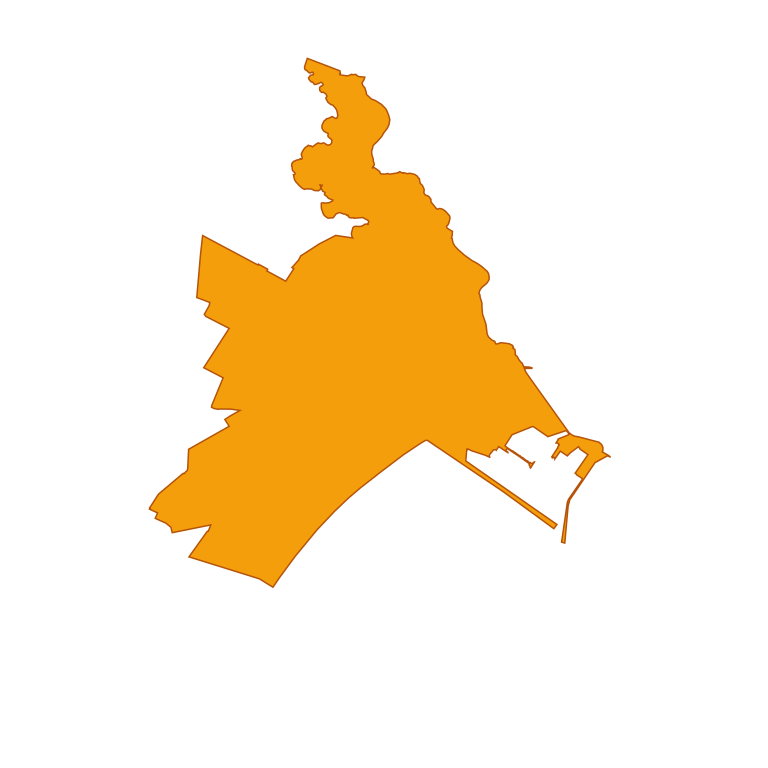 Navodari, Constanta, Romania (Equal Earth projection), rotated 32°
{"feature_id": "2599482B88144558423890", "entity_name": "Navodari", "entity_type": "district", "adm_level": 2, "iso_a3": "ROU", "parent_name": "Romania", "parent_adm1": "Constanta", "projection": "equal_earth", "projection_center": [28.615, 44.33], "detail": "fine", "context": "isolated", "style": "filled", "palette": "amber", "viewbox_px": 768, "rotation_deg": 32, "n_neighbors": 0, "source": "geoboundaries", "source_scale": "gbopen_adm2", "svg_char_len": 6170}
<svg xmlns="http://www.w3.org/2000/svg" viewBox="0 0 768 768"><g transform="rotate(32 384 384)"><path d="M148.5,157.0L149.5,158.5L150.7,159.3L151.6,159.0L155.5,159.8L156.6,159.4L156.9,158.7L158.5,157.3L159.9,158.3L160.2,159.0L158.0,161.2L157.8,164.5L159.0,165.4L162.1,166.4L163.7,165.8L166.0,166.8L166.7,166.7L169.1,164.1L170.6,161.6L171.5,161.4L172.9,161.8L173.7,162.4L173.9,163.1L172.4,165.4L172.5,167.1L174.1,169.2L176.5,169.8L178.0,168.7L181.3,168.9L182.9,170.0L183.3,170.7L183.1,172.1L183.5,172.7L187.2,174.8L190.6,175.2L192.7,174.6L196.8,175.8L199.1,177.1L202.3,180.4L203.0,182.2L203.0,183.2L202.7,184.1L201.8,184.5L198.4,184.6L196.3,187.9L194.7,189.5L194.3,191.6L193.9,192.0L193.8,193.7L194.3,197.4L195.5,199.5L196.7,200.5L199.2,201.5L204.0,201.2L204.9,203.3L205.7,203.9L210.5,204.7L211.8,207.2L211.7,209.3L210.1,211.0L209.2,211.4L205.1,211.4L203.4,213.3L202.0,214.1L200.8,214.2L199.8,215.3L197.6,220.9L196.6,220.7L195.0,221.1L194.2,221.7L193.4,221.6L191.9,225.3L191.6,227.6L191.7,230.9L192.2,233.2L195.0,235.7L195.1,237.0L194.6,237.4L193.9,237.1L193.6,237.3L192.8,239.0L190.9,240.8L190.5,242.0L189.6,242.6L189.0,244.8L189.3,244.9L189.2,246.3L190.3,248.3L191.0,248.6L192.8,251.0L194.5,251.8L196.4,252.1L197.1,252.7L197.2,253.7L196.3,254.5L199.9,258.2L202.2,259.3L207.2,260.7L210.4,261.3L213.4,261.1L215.2,259.2L216.6,258.7L219.0,257.1L222.4,256.8L226.0,254.9L226.9,252.8L226.7,251.9L225.5,249.7L224.1,249.2L224.4,248.8L226.1,248.9L226.3,248.5L226.5,249.1L226.1,249.4L226.1,250.0L226.9,251.4L230.0,253.0L232.3,252.7L232.7,253.0L232.9,254.6L233.6,255.1L236.2,255.2L238.4,256.0L243.1,255.1L243.4,255.9L241.3,259.4L238.1,261.9L236.3,262.6L235.0,263.7L235.1,264.1L237.6,268.0L241.1,271.0L242.0,271.3L242.0,271.7L243.9,272.7L247.2,273.1L248.6,273.0L252.8,270.0L253.2,265.4L254.7,262.9L256.1,261.9L259.6,261.3L260.8,260.6L263.2,260.6L264.1,259.9L264.4,260.6L266.3,261.2L268.4,260.4L269.6,259.3L270.6,259.4L277.8,254.1L284.1,253.7L285.4,255.1L285.2,256.2L285.9,257.0L284.1,257.8L283.1,258.7L282.6,259.3L282.6,260.1L281.4,262.0L279.6,263.5L276.0,265.5L275.1,266.7L274.8,267.9L276.4,273.2L277.0,274.2L278.9,276.1L280.1,276.7L264.3,283.6L254.9,299.4L245.5,319.5L245.9,324.2L244.2,334.1L246.4,333.9L246.2,348.9L224.8,350.2L224.6,348.3L213.9,348.9L214.0,349.9L151.5,354.2L159.7,371.3L179.4,409.9L193.1,407.2L194.2,410.3L194.7,420.1L197.1,421.1L223.2,418.9L222.5,465.7L244.3,464.0L249.2,492.9L250.0,495.1L252.7,494.9L256.6,493.4L257.9,492.3L267.2,486.6L275.9,482.7L270.8,492.0L267.8,498.4L275.1,501.9L252.9,542.9L262.4,559.8L263.0,561.6L262.3,563.8L262.3,565.2L262.1,565.2L261.8,566.1L261.0,566.2L251.4,596.0L251.1,597.5L250.9,613.4L251.6,613.4L251.5,614.4L260.3,613.3L261.2,619.2L272.7,617.6L279.2,618.4L283.2,622.3L311.8,595.3L313.0,601.9L312.2,602.5L310.2,634.0L381.4,615.3L397.5,615.2L398.0,603.4L400.0,577.2L404.5,543.1L409.6,517.9L414.4,499.2L419.0,484.7L427.9,460.2L437.9,433.9L445.7,416.5L449.0,409.9L450.6,408.8L542.8,412.2L604.7,416.7L605.1,411.5L494.1,405.9L488.4,394.7L489.1,395.6L489.6,395.4L489.5,394.9L489.9,394.6L493.6,394.2L507.9,390.7L513.1,390.0L511.5,389.7L511.0,387.8L511.8,381.8L512.6,381.1L514.0,380.4L514.3,380.6L514.5,376.3L525.4,376.6L525.2,376.2L522.8,375.9L522.5,375.3L522.7,373.4L537.0,373.8L548.7,374.5L549.5,374.8L549.9,375.7L551.9,376.8L552.2,377.5L552.8,377.6L552.9,370.2L552.3,370.2L552.6,370.3L552.4,371.7L550.9,373.6L549.7,373.1L548.5,373.6L547.2,373.5L546.8,373.1L545.3,373.5L540.8,373.0L538.3,373.2L537.7,372.8L535.9,373.1L535.0,372.7L533.8,373.1L532.0,372.6L529.8,372.9L529.4,372.5L528.5,372.8L524.7,372.8L519.8,372.5L519.3,372.0L519.5,359.1L531.9,342.1L533.1,341.0L550.9,341.8L563.0,327.2L564.1,327.1L567.1,328.0L566.9,328.4L567.5,328.9L566.8,330.2L560.8,338.4L561.2,339.4L561.1,342.9L561.4,342.9L561.8,342.2L564.3,342.3L564.6,342.7L564.4,343.1L564.8,343.4L564.8,345.6L565.4,346.2L565.1,347.2L564.9,356.9L565.2,357.1L565.3,356.4L565.6,356.2L566.2,356.2L566.1,356.7L566.4,357.0L566.5,356.2L568.1,356.2L568.6,357.0L569.1,347.5L577.6,347.8L578.0,345.4L579.0,342.2L582.2,334.0L585.0,335.4L594.4,335.8L593.4,358.4L594.8,358.4L595.5,358.9L602.2,359.1L602.7,359.6L601.6,384.0L602.2,387.2L618.4,424.0L621.6,423.1L604.8,389.9L603.5,385.4L602.9,384.3L604.6,338.9L611.4,326.8L612.1,326.3L615.0,326.1L612.7,325.6L605.1,325.9L604.8,324.2L603.1,321.6L600.5,320.0L597.2,319.4L577.1,325.7L572.8,327.4L569.8,327.6L566.6,327.2L504.6,301.6L498.1,298.8L494.8,296.4L501.1,292.4L500.7,291.8L497.6,293.0L493.4,295.4L490.3,293.2L488.4,292.9L485.6,291.9L482.3,290.0L479.8,289.7L479.3,288.6L476.9,285.5L475.6,285.4L474.9,284.9L474.0,285.8L474.5,285.1L473.6,283.7L472.4,283.2L468.8,283.5L461.9,286.7L460.7,287.5L458.8,290.1L457.3,290.7L455.3,289.1L452.4,289.6L447.9,288.8L445.1,287.1L438.9,279.4L430.6,272.6L427.1,268.0L424.1,263.4L419.6,259.5L417.9,257.4L416.7,257.2L415.6,254.0L415.7,250.6L417.7,244.4L417.9,241.0L417.7,239.7L416.6,237.6L414.1,235.0L411.9,233.8L404.8,232.6L399.4,232.3L393.1,232.7L383.8,232.1L375.9,230.8L370.9,229.5L367.4,227.5L364.7,224.5L363.8,224.5L363.2,222.1L361.2,218.3L356.2,218.4L355.0,218.3L353.9,217.6L353.4,216.8L353.9,215.0L353.6,212.8L352.2,208.7L351.6,207.7L350.4,206.6L344.6,204.9L341.1,204.7L338.4,205.5L336.5,207.5L335.8,207.6L328.1,205.0L327.3,204.6L325.9,202.5L322.9,201.3L320.8,201.3L319.6,201.8L317.9,201.6L316.0,200.2L315.5,198.4L314.4,197.3L311.4,195.3L308.3,194.6L305.0,191.0L303.9,191.1L302.1,190.1L298.9,190.0L294.9,191.3L293.3,192.3L292.7,193.1L288.7,194.4L288.3,194.7L288.5,195.0L287.5,195.4L284.9,195.5L284.5,195.8L284.5,197.0L283.5,197.6L283.2,198.2L277.2,203.4L275.7,203.4L273.6,205.5L269.9,207.5L268.9,207.2L268.0,206.2L265.0,205.8L260.3,205.7L259.8,206.8L259.4,206.1L259.7,203.5L258.8,202.2L256.7,200.6L255.9,199.2L251.7,195.5L249.9,192.6L249.5,190.5L248.6,188.3L248.6,186.4L249.8,182.1L250.9,175.2L250.7,171.3L251.3,165.5L250.8,161.4L248.8,156.7L245.4,153.5L241.1,150.4L239.0,149.5L233.5,148.2L226.4,148.2L222.2,149.0L215.7,147.7L214.2,145.9L210.7,142.9L208.1,142.2L205.9,140.5L205.8,137.0L205.2,134.0L199.0,136.9L196.0,136.4L193.5,138.3L192.3,138.6L191.4,140.2L189.5,142.2L183.0,145.1L182.0,144.5L182.5,143.7L180.7,141.8L146.4,148.5L148.5,157.0Z" fill="#f59e0b" stroke="#b45309" stroke-width="1.5"/></g></svg>